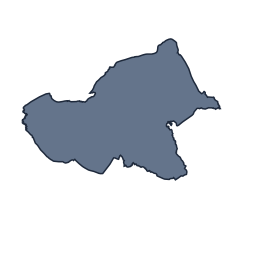 Bang Krathum, Phitsanulok, Thailand (orthographic projection), rotated 153°
{"feature_id": "78962969B64278922015209", "entity_name": "Bang Krathum", "entity_type": "district", "adm_level": 2, "iso_a3": "THA", "parent_name": "Thailand", "parent_adm1": "Phitsanulok", "projection": "orthographic", "projection_center": [100.362, 16.614], "detail": "fine", "context": "isolated", "style": "filled", "palette": "slate", "viewbox_px": 256, "rotation_deg": 153, "n_neighbors": 0, "source": "geoboundaries", "source_scale": "gbopen_adm2", "svg_char_len": 5781}
<svg xmlns="http://www.w3.org/2000/svg" viewBox="0 0 256 256"><g transform="rotate(153 128 128)"><path d="M219.8,172.3L218.7,169.8L217.7,166.0L217.0,165.3L217.0,164.2L217.4,163.0L216.8,162.7L217.4,156.7L216.4,153.7L215.8,148.2L214.3,143.5L213.2,139.3L212.6,138.4L212.1,136.9L211.1,134.9L210.6,134.3L209.9,133.0L209.2,132.1L205.0,129.4L201.4,127.6L200.5,126.1L199.4,125.1L196.7,124.5L194.0,125.0L192.8,125.0L191.9,124.7L191.2,124.1L191.2,123.8L189.6,124.2L189.3,122.8L187.8,118.6L186.0,114.4L184.7,112.2L182.3,108.6L181.0,107.3L178.1,104.8L174.5,100.8L173.0,99.7L171.2,98.9L160.5,104.0L154.4,107.9L153.1,107.2L152.4,106.2L150.8,104.5L150.2,104.6L149.9,105.2L149.3,105.8L148.6,106.1L148.0,106.9L147.0,107.1L146.7,105.9L146.4,105.3L146.4,103.1L146.7,101.8L146.1,100.7L147.4,99.7L148.0,97.1L148.8,95.7L148.0,95.6L147.4,95.8L147.2,95.7L146.9,95.8L146.8,95.4L147.0,95.1L147.0,94.8L146.6,93.9L146.1,93.5L145.8,93.2L145.4,93.2L144.7,92.9L143.7,92.8L143.2,92.5L142.7,92.6L142.2,93.2L141.5,92.9L140.7,93.3L140.7,93.9L140.3,94.3L139.1,94.7L138.9,93.8L138.6,93.5L138.8,93.0L138.8,92.5L138.3,92.3L138.0,92.5L137.2,92.3L137.0,91.8L137.1,91.0L137.0,90.4L136.5,90.0L135.9,89.9L135.8,89.4L135.1,88.9L134.7,88.1L134.7,87.7L134.3,87.6L134.1,87.1L132.9,87.0L131.9,86.2L131.6,85.8L131.4,84.7L130.7,84.2L131.0,83.5L130.4,82.6L130.7,81.6L130.5,81.2L130.0,80.4L129.5,80.3L129.2,80.5L128.8,80.3L128.2,80.3L128.0,79.9L128.2,79.5L127.8,78.4L127.0,78.3L126.8,77.8L126.1,77.2L125.3,75.9L123.8,74.7L123.4,73.5L123.8,72.7L123.8,72.1L119.4,66.7L118.5,65.8L114.7,63.5L114.3,63.4L113.8,63.7L113.3,63.7L110.7,62.7L109.9,63.1L109.4,61.5L109.3,60.3L106.3,60.6L102.4,61.2L100.9,60.2L98.9,60.5L97.0,60.1L95.7,61.8L95.4,62.4L95.2,63.3L95.2,64.0L95.9,66.0L95.9,66.4L93.7,67.8L94.8,69.6L94.8,70.7L94.2,71.3L94.4,74.0L94.8,74.9L94.9,75.7L94.8,78.1L95.0,78.7L95.8,80.1L95.9,80.6L96.5,82.7L96.5,83.8L96.3,84.4L95.6,84.6L95.6,85.3L95.3,85.7L95.0,85.8L94.6,86.4L93.6,87.1L93.2,89.4L92.9,89.9L92.8,90.7L92.7,91.6L93.0,91.9L92.9,92.4L92.4,93.4L92.0,93.8L92.2,94.0L92.2,94.4L91.7,94.9L91.9,95.6L92.1,95.8L92.2,96.4L92.5,96.5L92.5,97.3L91.9,97.8L91.8,98.4L92.1,98.6L92.2,98.9L92.0,100.2L91.6,101.0L91.9,101.7L90.6,102.6L90.7,103.8L89.9,106.1L90.2,107.0L91.2,107.1L91.5,107.4L91.5,108.7L92.0,109.3L92.0,109.6L91.1,110.3L91.1,111.0L91.6,111.4L92.6,111.2L92.9,111.7L92.9,112.2L92.5,113.0L91.5,114.3L90.5,114.4L89.6,115.4L89.4,115.5L89.2,115.4L89.1,115.1L89.2,113.7L88.5,112.2L88.5,111.0L88.3,110.7L87.3,111.4L86.9,112.2L87.2,112.8L87.9,113.7L88.4,114.0L88.4,114.5L88.1,114.7L87.2,114.7L85.4,113.7L84.3,113.6L83.6,112.6L83.5,112.0L83.0,111.2L82.9,110.6L82.9,110.0L83.5,108.1L83.1,107.6L82.5,107.5L81.3,107.6L76.7,108.6L65.3,110.2L63.5,110.8L61.7,112.4L57.7,114.1L57.2,114.0L55.9,113.3L55.4,112.7L54.5,112.8L54.2,112.6L53.9,112.7L53.3,112.5L52.9,111.5L50.5,109.8L46.8,109.4L46.7,109.2L44.3,108.0L43.7,107.3L43.0,107.3L42.6,106.3L41.4,105.7L41.4,105.0L38.2,105.1L37.9,103.7L37.0,103.4L37.1,104.2L36.8,105.1L36.9,105.7L36.5,105.9L37.0,108.0L36.6,108.1L36.7,109.8L36.2,110.3L36.2,111.0L37.3,112.7L37.7,113.8L37.9,115.0L37.5,115.4L37.7,116.6L38.7,116.9L42.6,119.3L43.2,119.3L43.4,121.8L43.9,123.0L43.1,124.6L43.4,125.8L43.7,126.0L45.3,125.2L46.7,125.1L47.2,126.0L48.3,129.0L48.2,129.3L48.1,135.1L48.4,139.8L48.3,142.3L48.2,145.3L47.0,153.0L47.0,154.4L47.1,160.7L47.8,167.7L48.3,169.5L48.5,169.7L49.0,169.7L49.3,170.4L49.2,172.1L49.4,172.6L49.7,172.7L48.4,173.9L48.0,174.5L47.7,175.3L47.3,178.2L47.0,179.7L46.1,182.1L46.6,183.6L48.2,186.7L48.9,187.5L49.6,188.0L51.2,188.5L54.0,188.7L55.3,188.6L56.3,188.2L58.3,188.4L58.9,187.9L60.0,187.8L61.1,187.3L62.3,187.7L63.4,187.6L63.9,187.3L64.5,186.8L65.7,184.9L67.0,183.2L68.4,182.4L70.1,182.4L70.9,182.5L73.3,183.1L77.4,185.2L79.1,185.8L81.3,186.3L86.3,187.0L88.3,187.9L89.8,188.4L90.0,188.2L92.5,189.1L99.6,190.2L103.4,191.0L107.7,191.6L108.7,191.5L110.9,190.3L111.3,189.6L111.7,189.6L113.0,188.8L113.5,188.8L115.6,189.9L116.3,190.6L117.4,189.9L117.4,189.3L118.0,189.0L118.9,189.0L119.8,188.1L120.8,187.6L122.0,187.6L123.2,187.4L123.5,187.0L123.4,186.4L125.3,185.6L126.1,185.4L129.1,185.2L132.5,184.0L135.0,183.4L138.9,180.9L140.5,179.3L142.5,177.9L146.2,176.4L145.5,176.0L144.5,176.0L143.6,175.4L142.8,175.7L142.5,175.6L142.2,175.1L141.3,174.5L141.3,173.9L141.5,173.4L142.6,172.7L143.3,172.1L144.7,171.7L145.7,172.1L146.7,172.4L147.5,171.9L148.2,172.2L150.0,172.1L151.8,171.4L152.5,170.8L154.0,170.8L154.4,170.5L154.6,170.6L156.3,172.0L156.5,172.0L156.8,171.8L157.1,172.0L157.1,172.3L157.5,172.9L158.0,172.9L158.1,173.3L158.5,173.3L159.0,173.6L159.0,174.2L159.7,174.3L160.4,174.7L162.0,175.0L166.7,177.2L168.1,178.6L168.1,179.1L169.7,179.3L169.5,179.7L169.8,179.9L170.7,180.2L172.0,180.7L174.3,181.3L177.9,182.5L179.4,183.5L180.2,184.3L181.5,186.2L182.6,188.9L182.0,191.6L182.6,192.0L182.2,194.4L182.4,194.6L185.7,195.6L192.7,195.9L202.5,195.4L207.5,194.6L209.4,194.7L210.1,194.2L211.4,194.0L211.9,193.7L212.2,193.2L212.1,192.8L212.3,192.5L212.1,192.2L212.0,191.4L212.2,191.0L212.5,190.8L213.1,190.9L213.7,190.8L214.1,190.3L213.7,190.1L214.0,189.4L213.4,189.2L213.5,188.7L213.4,188.1L213.0,187.6L212.9,187.1L212.2,187.0L211.9,186.8L211.9,186.5L212.3,186.3L212.4,186.1L212.1,185.8L211.9,186.0L211.8,185.7L212.7,185.2L213.6,185.6L213.9,185.0L214.5,185.0L214.8,184.4L215.1,184.3L215.0,183.7L215.3,183.5L215.4,183.9L215.6,184.0L217.0,183.2L218.1,183.3L219.0,182.2L218.8,181.9L218.3,181.7L218.3,181.3L218.4,180.9L218.8,180.6L219.7,180.5L219.3,179.2L218.9,179.0L218.4,179.0L218.5,178.5L218.3,178.1L217.5,178.0L217.2,177.5L217.5,177.0L218.3,176.4L218.1,175.9L217.9,175.6L217.5,175.6L217.5,175.4L218.1,175.4L218.2,174.9L218.9,174.8L218.9,174.1L219.5,173.6L219.4,173.4L219.1,173.3L218.5,173.6L218.5,173.2L218.9,172.9L219.8,172.6L219.8,172.3Z" fill="#64748b" stroke="#1e293b" stroke-width="1.5"/></g></svg>